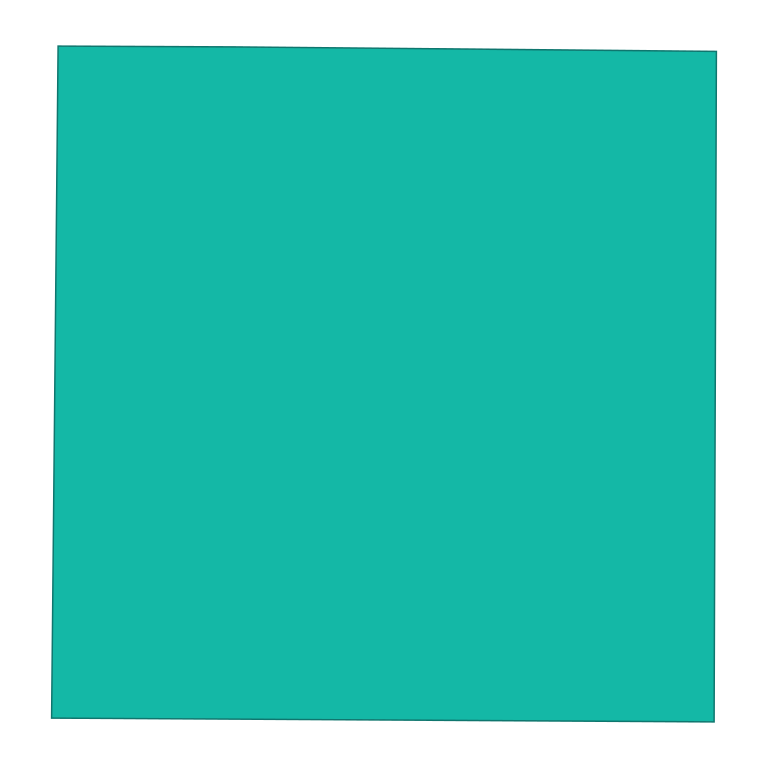 the district of Fisher, Texas, United States of America
{"feature_id": "52423323B51130731271508", "entity_name": "Fisher", "entity_type": "district", "adm_level": 2, "iso_a3": "USA", "parent_name": "United States of America", "parent_adm1": "Texas", "projection": "robinson", "projection_center": [-100.464, 32.743], "detail": "fine", "context": "isolated", "style": "filled", "palette": "teal", "viewbox_px": 768, "rotation_deg": 0, "n_neighbors": 0, "source": "geoboundaries", "source_scale": "gbopen_adm2", "svg_char_len": 197}
<svg xmlns="http://www.w3.org/2000/svg" viewBox="0 0 768 768"><path d="M58.1,46.1L51.6,718.1L714.1,721.9L716.4,51.4L233.9,46.9L58.1,46.1Z" fill="#14b8a6" stroke="#0f766e" stroke-width="1.5"/></svg>